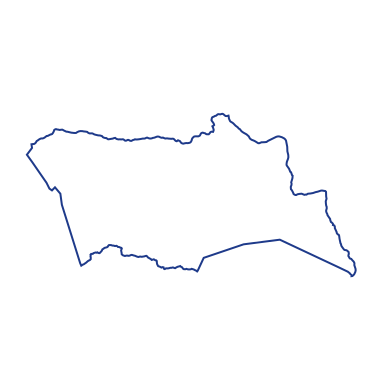 the district of Curaçá, Bahia, Brazil, rotated 92°
{"feature_id": "56859067B18478691888901", "entity_name": "Curaçá", "entity_type": "district", "adm_level": 2, "iso_a3": "BRA", "parent_name": "Brazil", "parent_adm1": "Bahia", "projection": "orthographic", "projection_center": [-39.681, -9.188], "detail": "fine", "context": "isolated", "style": "outline", "palette": "blue", "viewbox_px": 384, "rotation_deg": 92, "n_neighbors": 0, "source": "geoboundaries", "source_scale": "gbopen_adm2", "svg_char_len": 6049}
<svg xmlns="http://www.w3.org/2000/svg" viewBox="0 0 384 384"><g transform="rotate(92 192 192)"><path d="M240.5,40.9L238.8,41.3L238.1,41.8L233.7,42.9L230.7,43.4L229.6,43.9L229.2,44.9L228.5,45.5L227.9,45.9L226.9,46.1L225.7,46.7L223.1,48.0L221.8,48.0L220.5,48.6L220.1,50.0L219.2,49.9L218.5,50.3L217.5,51.4L217.1,52.1L215.1,52.9L214.2,53.0L211.2,55.2L210.6,55.7L209.4,56.0L208.0,56.8L206.9,57.2L205.8,57.3L203.8,56.8L202.1,56.9L201.0,57.4L198.7,57.8L196.5,58.0L194.1,57.3L191.5,57.8L188.0,58.0L187.1,58.1L186.4,58.8L186.0,62.1L186.1,63.1L187.3,66.4L187.8,68.4L188.8,71.0L189.4,73.8L189.6,75.5L189.8,76.4L190.6,77.4L190.6,78.4L190.9,79.6L189.9,82.3L190.0,83.5L190.2,84.8L190.6,86.5L191.4,87.8L191.4,88.6L190.8,89.9L190.3,90.5L189.4,90.8L188.6,91.2L186.7,92.3L185.8,93.2L184.2,93.4L183.1,93.4L181.8,92.9L180.9,92.8L180.1,92.8L178.9,93.2L176.7,92.6L174.6,92.1L172.2,92.0L171.7,92.6L168.8,93.7L168.4,94.5L165.4,95.8L162.1,98.3L161.1,98.5L159.7,98.4L158.4,98.2L155.5,97.2L153.9,96.9L151.6,97.1L148.0,98.1L143.5,98.4L137.5,99.8L136.6,100.3L136.0,100.8L135.2,101.8L134.1,104.1L133.5,106.4L133.4,107.1L133.5,108.4L133.9,109.7L138.2,117.7L139.4,119.3L139.7,121.3L139.9,124.3L140.9,126.5L140.9,127.5L140.6,128.1L139.2,130.5L138.5,132.0L137.7,134.3L136.7,135.8L136.0,136.3L134.4,137.2L132.5,139.5L130.8,142.8L129.6,144.6L127.4,146.5L127.0,147.5L125.8,148.5L124.2,150.8L121.9,153.2L121.1,154.4L120.3,155.9L119.7,156.5L117.2,157.7L115.5,157.9L114.4,158.2L114.9,159.8L114.9,161.1L114.4,161.8L113.7,162.7L113.1,163.4L112.8,164.4L113.0,165.3L113.4,166.3L113.3,168.5L113.6,169.2L114.2,169.8L114.9,170.6L115.3,171.9L115.8,172.6L116.2,173.5L116.6,174.3L117.5,174.8L118.7,174.9L119.4,175.1L120.2,174.7L121.1,174.0L121.8,173.4L122.7,172.8L123.6,172.4L124.3,172.2L125.0,172.9L125.6,173.9L127.0,173.2L128.1,172.8L129.1,172.5L130.0,172.6L131.2,173.1L131.0,174.2L131.2,175.1L131.7,175.8L132.4,176.2L133.1,176.7L133.7,177.3L133.8,179.2L133.6,179.9L132.8,181.1L132.7,182.0L132.3,183.3L132.6,184.3L133.2,185.1L135.3,186.1L135.9,187.0L136.2,187.8L136.2,189.5L136.3,190.9L136.5,191.8L137.1,192.5L138.1,193.4L139.1,193.9L140.6,194.2L142.0,194.9L142.5,195.4L142.9,196.1L143.3,197.8L143.3,199.4L143.4,200.3L144.0,202.5L143.8,203.3L143.5,204.2L142.6,205.1L141.6,205.8L141.2,206.8L140.8,207.8L141.3,208.4L141.8,209.0L141.5,210.1L140.9,210.8L140.3,211.3L139.5,212.3L139.4,213.6L139.6,214.6L139.5,215.6L139.5,216.8L139.3,218.4L139.3,219.5L139.5,220.6L139.1,221.8L138.6,223.0L138.9,223.9L138.7,224.9L138.5,225.6L138.0,226.6L137.8,227.4L137.8,228.5L138.1,229.5L138.6,230.5L139.1,231.9L139.3,233.0L139.8,234.1L140.0,235.3L140.0,236.3L139.7,237.4L139.2,238.8L139.5,239.7L140.0,240.5L140.3,241.7L140.3,242.9L140.9,245.5L141.2,247.1L141.4,248.5L141.5,249.9L141.3,250.8L141.8,251.7L142.1,252.8L143.0,254.3L143.0,255.5L142.6,256.4L142.2,257.1L142.2,258.1L142.7,259.0L143.0,259.7L143.0,260.7L142.0,262.1L141.7,262.9L141.9,264.2L141.9,266.3L142.0,267.4L141.7,269.0L141.2,269.9L140.6,270.7L140.9,271.9L141.4,273.1L141.8,275.1L142.0,276.1L142.2,277.0L142.2,277.8L141.7,278.6L141.1,279.5L141.1,280.4L140.9,281.4L140.6,282.4L140.2,283.1L139.4,283.7L139.0,284.8L138.8,285.6L138.7,286.7L138.7,287.7L138.5,288.7L138.1,290.7L137.8,291.8L137.3,292.7L136.9,293.7L136.9,294.5L137.0,295.5L137.0,296.5L136.7,297.3L136.4,297.9L135.6,298.8L135.4,300.1L135.2,302.6L135.0,303.7L135.0,305.5L135.2,306.5L135.4,307.3L136.3,309.0L136.9,309.7L137.1,310.7L137.1,312.1L137.0,313.4L136.9,314.7L136.6,316.2L136.1,318.5L136.1,319.7L135.6,320.8L135.1,322.0L134.6,322.9L134.2,323.9L134.4,325.2L134.6,326.6L134.3,327.9L134.2,329.2L133.9,330.1L134.2,331.0L134.9,331.9L135.8,332.1L136.6,332.4L137.8,333.0L138.9,333.8L139.3,334.6L139.4,335.3L139.9,336.2L140.5,337.3L141.0,338.2L141.1,339.2L141.9,340.2L142.6,341.0L143.4,342.3L143.7,343.3L143.7,344.1L143.9,345.1L144.5,346.2L145.2,347.2L145.9,348.0L146.5,349.0L148.2,349.9L149.0,350.7L149.6,351.7L149.6,352.5L149.9,354.1L152.1,353.7L153.5,353.4L160.5,358.3L168.0,352.5L187.9,337.7L193.6,334.6L195.3,332.0L192.1,329.1L198.3,323.5L209.3,321.6L267.0,301.3L269.5,300.1L268.9,299.3L268.4,298.6L268.1,297.8L267.5,296.9L266.9,296.2L266.3,295.3L264.9,293.9L264.2,292.9L263.6,291.7L262.7,290.9L261.9,290.9L261.0,290.9L260.1,291.2L259.3,291.0L258.3,291.3L257.4,290.6L257.3,289.0L256.6,288.4L256.1,287.1L255.8,286.1L256.0,285.1L255.6,284.5L256.0,283.8L256.3,283.1L256.3,282.2L254.3,280.4L253.4,279.9L252.5,279.6L251.8,278.5L250.9,277.5L250.7,276.7L250.4,275.8L250.1,274.9L249.5,274.2L248.6,273.8L247.9,273.0L247.9,270.9L248.3,269.8L248.3,268.3L248.6,267.6L248.7,266.9L248.4,265.7L248.9,264.7L249.5,264.1L249.5,263.3L249.7,262.3L250.2,261.6L250.3,260.6L250.9,260.2L252.9,260.8L254.2,260.5L255.4,260.2L256.6,260.1L257.2,259.5L257.7,258.8L258.3,256.8L257.9,255.5L257.8,254.5L258.0,253.4L257.8,252.2L257.0,250.5L257.0,249.7L257.5,247.9L257.7,246.8L258.4,245.0L258.7,244.0L258.8,243.1L258.5,242.3L258.3,241.6L258.5,240.4L258.4,239.4L258.2,238.5L258.1,237.8L257.9,237.1L257.6,236.4L257.4,235.4L257.9,234.6L258.9,233.8L259.3,233.0L259.8,232.2L260.3,231.0L261.3,229.9L260.6,227.8L261.1,227.0L261.6,226.0L261.6,225.3L262.2,224.8L264.2,224.6L265.4,224.3L267.3,223.2L267.6,222.1L268.1,220.8L268.6,220.0L268.1,218.9L268.3,217.8L269.1,217.6L269.8,217.2L270.0,216.5L269.2,215.3L269.2,214.0L269.1,212.9L268.8,211.9L268.5,211.0L268.5,209.9L268.1,208.8L268.2,207.8L268.6,207.0L268.7,206.1L268.0,205.2L267.5,204.3L267.1,203.4L266.8,202.2L266.4,201.2L267.0,200.6L267.5,199.4L269.0,198.2L269.4,197.5L269.4,195.8L269.0,194.9L269.4,193.6L269.5,192.4L269.4,191.3L269.2,190.3L268.8,189.7L269.0,188.8L269.5,187.2L270.0,186.3L270.4,185.2L271.2,184.1L270.4,183.5L257.4,178.0L242.5,138.6L236.6,102.6L262.5,42.0L266.3,33.3L266.8,32.8L267.2,32.1L267.8,31.4L268.5,30.9L269.3,29.9L269.8,29.3L270.5,29.5L270.4,28.8L269.5,27.8L268.5,27.0L266.2,26.0L264.6,25.7L263.0,25.9L259.5,27.2L257.4,27.2L255.9,28.0L254.9,29.1L253.3,30.5L253.0,31.7L252.6,32.2L251.5,32.8L250.7,33.4L249.7,33.5L248.4,33.1L246.5,33.4L245.2,34.9L244.8,35.7L244.6,37.4L244.2,38.1L241.8,40.0L240.5,40.9Z" fill="none" stroke="#1e3a8a" stroke-width="2"/></g></svg>